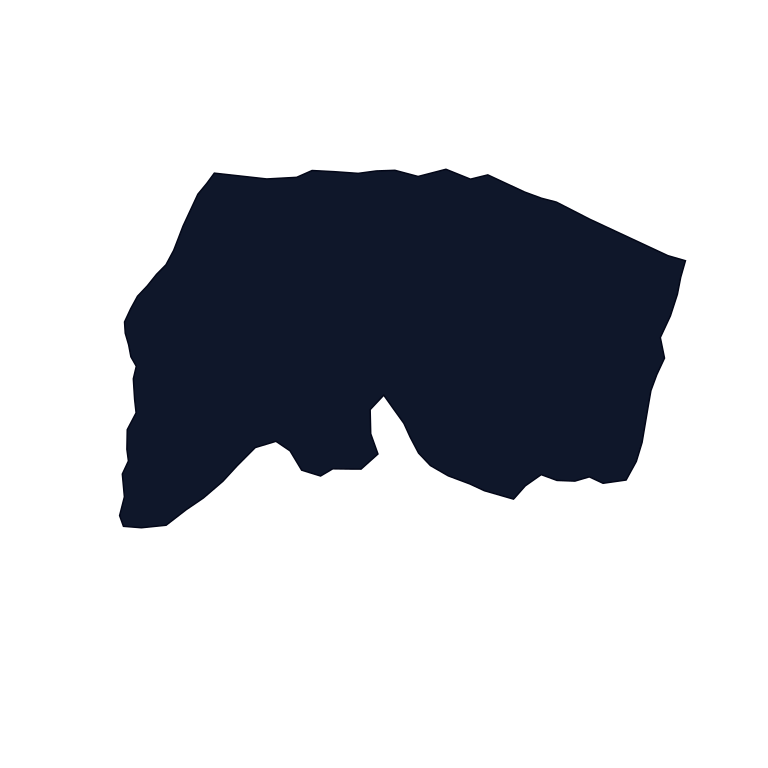 Mandres, Cyprus, rotated 25°
{"feature_id": "46923920B48793600754585", "entity_name": "Mandres", "entity_type": "district", "adm_level": 2, "iso_a3": "CYP", "parent_name": "Cyprus", "parent_adm1": "", "projection": "natural_earth1", "projection_center": [33.81, 35.343], "detail": "fine", "context": "isolated", "style": "filled", "palette": "ink", "viewbox_px": 768, "rotation_deg": 25, "n_neighbors": 0, "source": "geoboundaries", "source_scale": "gbopen_adm2", "svg_char_len": 1298}
<svg xmlns="http://www.w3.org/2000/svg" viewBox="0 0 768 768"><g transform="rotate(25 384 384)"><path d="M141.1,264.6L138.6,277.1L135.1,290.6L135.1,303.2L135.1,314.9L135.1,325.7L136.0,338.3L136.9,351.8L136.0,368.1L131.5,380.7L128.0,395.1L123.5,408.6L122.6,423.0L122.6,437.4L128.0,447.3L136.0,456.4L143.1,466.3L152.0,472.6L154.6,485.2L164.4,503.2L171.5,514.9L170.6,533.9L178.6,551.9L184.9,561.8L184.9,576.2L196.4,596.0L200.0,615.0L208.0,623.1L224.9,616.8L246.2,604.1L257.8,581.6L268.5,563.6L279.1,540.2L285.4,520.3L294.2,496.0L310.3,481.6L327.1,484.3L345.8,496.9L365.4,494.2L373.4,482.5L389.4,475.3L399.2,470.8L408.1,450.0L393.0,434.7L382.3,413.1L388.5,394.2L402.7,402.3L418.7,411.3L430.3,421.2L444.5,432.0L460.5,438.3L481.0,440.1L504.1,438.3L520.1,438.3L550.0,433.6L550.5,432.2L555.1,416.6L564.8,399.7L581.5,398.3L598.1,391.3L609.3,381.4L624.5,381.4L644.0,368.7L645.4,347.6L642.6,327.9L632.9,292.7L628.7,277.2L627.3,260.3L627.3,242.0L614.8,225.1L614.8,201.2L612.0,178.7L607.8,161.8L605.1,144.9L587.0,147.7L563.4,147.7L530.0,147.7L500.9,147.7L463.4,146.3L448.1,149.1L430.0,150.6L412.0,150.6L389.7,150.6L375.8,161.8L349.4,163.2L327.2,181.5L303.6,185.7L286.9,194.2L271.6,204.0L249.4,212.5L228.6,220.9L217.5,233.6L191.1,247.7L141.1,264.6Z" fill="#0f172a" stroke="#020617" stroke-width="1.5"/></g></svg>